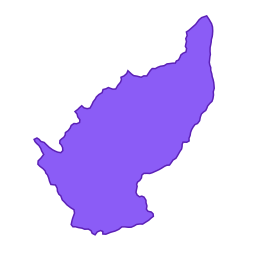 Marilândia, Espírito Santo, Brazil (Mercator projection), rotated 264°
{"feature_id": "56859067B58826799202439", "entity_name": "Marilândia", "entity_type": "district", "adm_level": 2, "iso_a3": "BRA", "parent_name": "Brazil", "parent_adm1": "Espírito Santo", "projection": "mercator", "projection_center": [-40.514, -19.428], "detail": "fine", "context": "isolated", "style": "filled", "palette": "violet", "viewbox_px": 256, "rotation_deg": 264, "n_neighbors": 0, "source": "geoboundaries", "source_scale": "gbopen_adm2", "svg_char_len": 2843}
<svg xmlns="http://www.w3.org/2000/svg" viewBox="0 0 256 256"><g transform="rotate(264 128 128)"><path d="M231.3,218.0L230.1,212.8L228.3,210.1L224.0,206.1L222.2,203.6L218.6,198.5L217.4,196.1L213.8,196.5L210.8,194.8L207.8,195.2L205.4,194.3L203.2,193.6L200.9,194.6L197.6,193.6L196.5,190.3L195.1,188.2L192.9,187.1L190.4,185.4L189.6,183.1L187.6,181.8L187.8,179.0L187.7,176.2L187.7,173.5L186.2,170.5L186.0,166.6L185.3,164.0L184.2,161.4L184.6,158.3L182.8,156.2L180.0,153.9L177.8,152.1L178.2,149.1L177.1,146.4L178.6,142.4L179.5,139.1L181.4,137.0L185.0,133.9L182.3,132.4L180.2,129.5L179.2,126.3L176.6,126.5L174.2,125.2L171.5,122.4L168.1,119.9L168.2,117.0L169.2,114.8L170.3,112.7L169.3,110.2L168.9,107.2L165.9,106.0L164.3,102.5L162.2,99.8L160.2,98.5L157.8,96.2L154.7,94.4L151.8,92.3L151.5,89.4L152.6,86.4L155.0,84.3L153.3,81.9L151.8,80.1L149.9,77.0L147.2,78.8L144.3,79.2L141.2,81.0L138.5,80.4L137.6,77.4L138.1,74.7L136.5,71.8L133.9,70.4L131.7,68.3L130.0,65.3L127.4,64.7L125.5,63.2L124.2,61.0L122.7,59.0L120.0,58.5L117.9,60.0L115.4,60.9L112.3,60.8L110.5,58.6L111.3,55.6L112.6,53.2L114.3,50.6L117.1,47.5L119.6,45.4L122.4,43.1L123.8,39.9L125.9,38.5L127.6,36.4L126.5,33.4L124.2,34.1L122.2,35.5L119.9,37.6L116.8,39.1L114.3,39.7L110.5,41.4L107.2,38.3L104.7,35.2L101.4,34.6L99.1,36.4L96.4,39.3L94.0,41.1L91.7,41.6L89.8,43.0L86.6,43.9L83.3,44.4L79.9,45.4L78.9,49.9L75.5,51.3L72.6,51.2L69.4,52.3L67.5,54.1L63.4,55.1L60.4,57.5L58.0,59.2L54.6,62.8L52.4,65.7L48.9,65.9L43.9,63.5L41.6,62.6L37.9,61.4L35.5,62.9L35.3,65.4L34.2,68.1L33.2,71.8L31.9,74.2L31.6,78.0L29.8,80.5L27.0,81.4L25.2,84.1L27.9,86.6L28.9,90.0L27.7,92.1L25.2,91.9L24.7,94.9L26.1,99.8L26.9,104.5L28.2,108.3L30.3,111.5L30.0,114.6L29.3,117.7L29.0,120.8L29.9,123.7L31.2,126.5L31.3,129.8L30.9,132.5L32.4,135.5L34.1,139.0L36.1,141.7L37.5,144.0L40.0,144.0L42.0,142.4L43.1,139.2L45.3,137.8L48.5,138.7L51.8,138.1L54.3,138.3L57.6,136.7L58.8,134.6L58.4,132.2L60.4,130.1L63.1,129.2L66.2,130.1L69.0,131.0L71.2,130.7L73.3,131.9L74.6,134.2L77.0,136.2L79.7,136.8L81.2,139.0L80.9,142.5L80.5,144.9L81.0,147.4L81.8,149.8L82.5,152.0L83.4,154.6L84.5,157.1L86.1,160.3L86.9,162.7L86.8,165.4L88.8,167.2L91.4,169.4L92.9,172.5L95.4,174.4L99.3,177.2L101.5,179.1L103.7,179.8L106.2,180.2L108.2,181.3L107.7,185.0L108.7,187.4L111.4,187.6L114.1,189.0L117.1,189.8L119.7,191.1L122.2,192.9L124.4,194.9L125.2,197.6L127.8,200.0L131.4,201.1L134.3,202.5L135.9,204.6L137.3,207.1L139.5,208.5L141.6,209.5L144.0,212.0L145.7,214.3L148.2,215.5L151.9,216.5L155.1,216.6L158.4,217.9L161.8,218.0L164.4,218.0L167.2,217.7L170.3,217.1L173.0,217.0L176.6,216.3L179.6,216.6L182.1,215.9L184.8,215.7L186.9,216.2L190.4,216.9L192.5,217.6L195.7,217.6L199.5,218.1L202.3,219.0L204.7,219.7L207.4,220.2L210.1,221.3L212.2,221.8L215.7,222.4L219.7,222.6L223.0,222.0L225.2,221.0L227.3,220.1L231.3,218.0Z" fill="#8b5cf6" stroke="#5b21b6" stroke-width="1.5"/></g></svg>